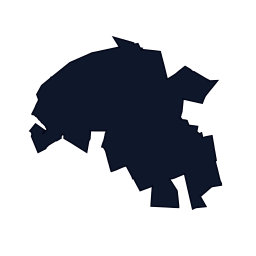 the district of San Miguel de Horcasitas, Sonora, Mexico, rotated 259°
{"feature_id": "50627088B58381771022173", "entity_name": "San Miguel de Horcasitas", "entity_type": "district", "adm_level": 2, "iso_a3": "MEX", "parent_name": "Mexico", "parent_adm1": "Sonora", "projection": "equal_earth", "projection_center": [-110.823, 29.475], "detail": "fine", "context": "isolated", "style": "filled", "palette": "ink", "viewbox_px": 256, "rotation_deg": 259, "n_neighbors": 0, "source": "geoboundaries", "source_scale": "gbopen_adm2", "svg_char_len": 3251}
<svg xmlns="http://www.w3.org/2000/svg" viewBox="0 0 256 256"><g transform="rotate(259 128 128)"><path d="M160.0,36.4L159.8,36.6L159.7,36.9L159.3,37.2L159.2,37.9L158.9,38.6L157.8,39.3L157.2,39.7L157.2,39.9L157.1,40.0L156.8,40.1L156.6,40.3L156.4,40.5L156.3,41.0L156.0,41.3L156.0,41.5L155.9,41.6L155.7,41.6L155.4,41.5L155.2,41.4L155.0,41.5L154.9,41.5L154.7,41.7L154.4,41.8L153.2,42.3L152.4,43.1L152.2,43.3L151.2,43.8L149.8,44.3L148.9,45.3L145.7,47.5L145.0,47.4L142.1,48.6L141.3,47.4L138.7,43.4L139.0,43.1L141.1,46.1L149.6,38.0L143.8,31.1L143.3,31.8L141.5,32.7L139.8,32.5L138.3,31.7L121.2,35.1L123.6,43.3L124.4,43.6L126.0,46.0L126.7,47.2L127.0,48.1L129.5,54.8L129.2,55.5L130.9,60.3L132.3,60.4L133.0,61.0L134.3,61.8L133.5,64.0L133.2,64.0L130.1,63.3L124.9,69.2L112.1,82.8L122.6,86.8L124.6,88.5L132.6,90.6L131.7,94.8L129.5,106.1L127.9,105.7L126.8,104.8L125.1,104.2L123.3,103.4L121.0,102.4L119.9,101.8L118.0,100.6L116.9,100.0L114.5,98.7L113.8,100.3L112.5,100.8L111.8,101.1L109.9,101.7L109.7,101.7L109.6,101.8L105.9,102.0L103.1,102.2L98.4,102.5L97.6,102.6L93.4,102.9L92.5,102.9L91.1,103.1L88.6,103.3L88.7,104.2L89.1,107.1L89.5,109.1L89.9,110.7L90.9,115.5L91.4,119.1L84.3,121.3L82.1,122.0L79.4,122.8L78.3,123.1L78.0,123.1L78.0,122.9L77.4,123.0L77.5,124.0L77.3,124.0L77.2,124.0L64.2,128.0L66.4,141.0L64.9,140.6L59.2,139.0L58.3,138.8L56.1,138.2L47.8,136.0L46.9,135.8L46.7,137.0L46.6,137.4L43.5,150.0L41.4,158.2L40.4,162.5L41.3,162.7L48.4,163.4L57.1,164.1L62.3,162.0L64.1,161.3L65.2,160.9L66.7,160.3L67.3,160.0L69.9,159.0L70.1,163.7L72.4,174.8L36.2,176.0L37.0,179.5L36.3,187.3L36.1,189.5L47.0,185.8L51.1,193.0L54.2,198.3L54.5,199.6L54.2,208.8L56.0,209.0L57.1,208.6L59.1,208.2L60.4,208.1L62.9,208.0L67.6,207.8L68.4,207.8L76.5,207.3L76.8,207.3L77.1,207.3L79.1,207.1L79.3,208.3L82.4,208.4L84.5,208.4L86.4,208.5L90.2,208.5L95.9,208.7L100.9,208.8L104.4,208.9L104.4,202.1L104.0,199.4L107.1,199.3L109.2,199.2L108.9,198.1L108.8,197.4L109.1,196.4L110.2,195.5L111.3,194.9L111.6,194.9L111.9,194.9L112.5,195.1L113.1,195.4L114.4,195.9L116.2,196.6L117.1,194.0L119.0,188.2L123.5,187.4L123.8,187.1L124.0,187.2L124.6,186.1L124.5,185.9L124.6,185.7L124.9,185.5L125.0,185.3L125.0,185.2L124.9,184.9L125.2,184.1L125.8,182.9L126.2,182.6L126.3,182.4L126.8,182.1L127.0,181.8L126.9,181.6L127.0,181.5L127.1,181.4L127.2,181.2L128.0,181.6L128.2,181.0L129.8,181.8L130.4,182.3L130.9,182.4L131.3,182.5L131.5,182.6L131.9,182.9L132.3,183.2L133.1,183.6L133.4,183.7L133.8,184.0L134.6,184.2L146.0,187.6L138.2,205.6L139.0,206.1L141.8,207.8L143.1,208.7L144.7,209.9L145.7,211.0L147.4,213.0L148.8,214.6L150.1,216.2L157.4,224.9L158.5,217.5L161.7,213.5L166.1,208.6L170.6,203.5L170.6,203.3L170.6,203.1L170.5,202.9L170.7,202.7L170.9,202.5L171.1,202.4L171.3,202.2L171.5,201.8L171.6,201.7L171.8,201.5L171.9,201.3L172.1,201.2L172.3,200.8L172.5,200.9L172.8,200.7L173.1,200.7L177.5,195.8L173.6,188.2L173.1,187.4L172.0,185.4L171.4,184.1L168.2,175.8L180.3,175.2L184.1,175.0L189.9,174.6L196.8,174.2L198.1,170.3L202.5,155.9L203.5,157.0L204.3,155.0L208.9,153.8L209.0,149.8L210.4,149.7L219.9,131.0L209.0,135.2L208.5,110.1L208.5,107.0L203.2,83.5L192.2,62.7L192.5,62.3L191.4,61.2L186.2,51.5L178.3,44.9L172.9,45.8L171.3,44.9L167.9,42.2L165.1,40.4L160.0,36.4Z" fill="#0f172a" stroke="#020617" stroke-width="1.5"/></g></svg>